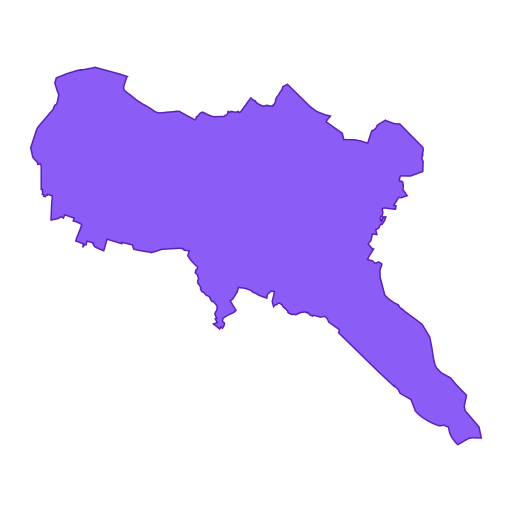 Tepetlaoxtoc, México, Mexico (Albers equal-area conic projection)
{"feature_id": "50627088B33487225996828", "entity_name": "Tepetlaoxtoc", "entity_type": "district", "adm_level": 2, "iso_a3": "MEX", "parent_name": "Mexico", "parent_adm1": "México", "projection": "albers", "projection_center": [-98.771, 19.549], "detail": "fine", "context": "isolated", "style": "filled", "palette": "violet", "viewbox_px": 512, "rotation_deg": 0, "n_neighbors": 0, "source": "geoboundaries", "source_scale": "gbopen_adm2", "svg_char_len": 5961}
<svg xmlns="http://www.w3.org/2000/svg" viewBox="0 0 512 512"><path d="M30.7,147.8L32.6,156.6L33.4,158.1L37.5,162.5L37.7,164.3L40.8,164.2L41.2,166.4L41.2,189.3L42.5,189.6L42.3,191.0L42.8,191.1L42.4,194.3L43.4,194.5L43.6,196.2L45.4,196.7L46.3,195.0L47.3,195.2L47.4,194.4L51.8,195.6L52.1,195.9L52.2,198.3L51.6,204.9L51.0,220.0L52.4,219.8L58.3,218.5L59.5,217.8L60.6,216.7L63.4,218.0L64.7,214.8L74.2,218.1L73.2,220.9L75.4,221.5L77.8,222.4L79.9,223.5L81.7,224.6L79.6,230.9L79.3,231.1L78.4,233.8L77.2,236.6L75.7,240.9L83.4,243.9L82.7,247.3L84.7,244.5L86.1,244.8L87.0,241.1L93.4,243.0L93.1,243.5L93.1,244.0L94.7,246.7L99.1,248.9L103.7,250.8L104.5,248.3L107.1,239.2L120.5,243.3L122.0,243.7L122.0,242.4L132.5,244.9L133.1,247.3L133.7,249.1L137.8,250.2L146.7,251.7L150.7,252.2L150.8,252.6L154.9,251.7L161.5,249.4L162.7,249.2L180.8,248.2L180.9,248.5L183.4,248.8L183.3,249.3L183.7,249.8L184.5,250.3L185.3,250.3L189.2,251.1L187.8,255.8L190.8,260.2L194.9,264.6L197.7,266.9L197.6,267.9L197.3,268.3L197.3,268.8L197.2,269.4L196.8,269.7L196.0,269.9L195.7,270.2L195.7,271.7L195.5,272.0L195.3,272.1L195.2,272.6L196.4,273.7L196.8,274.3L197.7,275.4L197.9,276.6L198.6,278.9L197.7,280.5L197.9,281.8L197.7,282.4L197.8,282.8L198.1,283.7L199.2,284.8L199.6,285.4L200.3,286.8L200.6,287.5L200.5,289.0L200.7,289.5L201.4,290.4L201.6,291.4L201.9,291.7L203.1,292.0L203.7,292.5L204.9,293.7L205.8,294.9L206.4,295.4L207.6,295.7L209.1,296.5L210.3,298.6L210.9,300.0L211.4,300.9L211.9,301.4L213.1,301.7L214.0,302.3L215.0,303.4L216.5,305.2L217.3,306.8L216.7,310.4L215.6,311.8L214.8,313.7L216.2,317.5L216.9,318.1L215.2,318.9L217.3,322.5L213.4,324.0L217.8,327.4L219.7,329.0L220.9,326.9L222.4,328.3L224.0,325.7L224.6,323.3L223.7,322.4L222.7,321.6L222.6,320.8L222.6,320.1L222.8,319.3L223.1,318.3L227.4,315.4L233.0,312.8L234.3,312.0L236.0,310.5L230.3,300.9L232.8,298.9L237.2,291.9L238.5,287.4L239.8,287.7L242.7,287.9L246.2,288.7L250.6,290.3L251.4,290.8L253.0,292.1L252.9,292.2L256.2,293.6L257.2,294.3L259.2,295.4L263.8,297.1L263.8,296.9L266.8,298.2L267.4,294.3L271.3,291.1L274.5,291.8L272.2,301.6L273.6,306.7L274.7,305.2L276.8,304.6L277.2,304.0L278.7,303.1L279.0,303.1L280.0,303.4L280.5,303.9L281.4,304.3L282.1,304.7L282.4,305.5L283.1,306.8L285.8,309.1L286.1,309.1L286.7,310.0L288.3,312.1L288.0,312.5L288.4,312.9L291.2,314.3L292.3,314.3L292.7,314.5L294.0,314.3L294.2,314.1L295.7,314.8L298.0,313.8L298.3,313.2L299.5,313.2L299.8,312.6L305.3,311.9L306.2,312.7L306.4,312.5L307.3,312.2L308.1,313.3L308.5,313.0L309.9,315.0L312.0,315.7L312.4,316.2L313.9,315.3L320.4,317.1L324.6,316.4L326.6,317.7L329.0,322.3L339.4,329.7L338.6,332.8L379.7,372.9L395.0,387.1L393.6,385.0L398.2,389.5L400.1,393.3L411.0,399.6L415.4,411.0L418.1,413.9L420.3,415.8L423.0,417.8L428.5,421.2L432.6,423.3L438.7,425.7L439.8,425.8L441.2,425.7L443.5,425.1L448.4,427.1L449.7,433.0L451.0,435.9L452.0,437.6L455.0,441.8L457.8,444.7L468.2,438.6L472.1,437.8L481.3,438.0L479.0,426.9L465.2,410.8L464.2,406.3L466.5,395.3L456.0,384.5L450.7,378.0L441.2,372.8L436.6,367.9L435.0,364.8L433.4,358.0L432.0,348.6L429.8,337.2L422.1,324.3L414.8,318.8L405.1,311.7L401.9,308.8L401.7,309.1L399.8,307.3L398.2,304.8L394.3,302.9L393.2,302.2L388.6,298.8L384.8,295.2L380.3,277.9L380.0,275.7L380.0,269.9L381.8,264.7L381.5,263.5L378.5,261.9L375.3,263.4L372.2,260.7L367.5,259.6L368.9,256.5L373.6,249.0L372.1,248.5L368.1,243.9L371.0,240.3L372.4,234.0L376.9,234.5L375.6,229.6L378.5,228.4L380.5,224.3L382.0,224.5L384.6,220.6L385.8,216.9L383.3,216.9L382.3,219.5L381.5,221.3L380.7,221.0L381.2,219.3L380.3,218.9L380.8,216.4L381.9,216.7L382.1,216.4L382.0,216.2L382.9,212.8L382.4,209.6L382.2,208.6L383.0,208.2L384.3,208.0L395.5,209.3L396.0,205.9L393.8,205.3L396.7,200.7L398.7,197.4L401.2,197.7L407.2,195.7L404.1,191.2L403.0,190.0L403.3,186.0L402.8,182.2L401.8,181.3L399.2,180.8L399.9,177.4L400.4,175.9L410.6,176.0L422.8,171.5L423.1,161.3L422.4,160.2L421.7,157.6L422.7,155.7L422.3,154.7L422.3,154.4L422.5,154.3L422.8,154.2L422.6,153.5L423.2,150.2L423.1,148.8L422.8,147.4L399.7,123.9L394.7,123.8L385.7,120.5L385.5,120.2L380.9,122.9L377.1,125.3L376.9,126.3L376.6,127.0L376.1,127.8L375.4,128.7L372.7,130.7L371.9,130.5L367.7,143.1L359.9,140.8L354.8,139.8L343.8,139.6L342.3,133.3L326.1,121.8L327.2,119.9L330.5,116.1L328.3,115.6L327.7,115.3L326.5,115.2L324.7,114.6L318.2,112.1L315.9,110.9L311.1,107.4L309.8,106.3L287.4,84.3L282.9,86.7L282.2,89.1L281.6,89.6L281.7,90.4L280.6,91.5L279.7,92.8L279.1,94.2L278.1,95.5L277.0,96.8L276.6,97.4L276.1,98.3L276.1,98.9L275.5,99.8L275.6,101.4L273.6,105.4L273.2,105.7L273.2,105.0L272.6,105.6L271.0,106.1L270.4,106.1L269.9,105.8L268.8,106.0L268.2,105.5L267.9,105.6L266.8,105.2L264.0,106.3L263.7,106.0L263.3,106.2L262.4,105.9L261.1,105.4L260.8,105.1L258.8,104.3L257.9,103.5L256.9,103.2L256.6,102.7L255.5,101.7L255.7,101.3L255.1,100.8L254.5,100.6L253.7,100.0L252.6,99.6L250.8,97.9L246.2,104.2L246.1,104.9L246.0,105.1L245.6,105.4L245.3,105.4L240.6,112.0L240.2,111.9L238.7,112.6L238.2,111.5L237.7,112.1L237.0,111.8L235.5,112.3L231.1,111.3L230.8,111.5L230.7,112.0L230.0,112.3L229.6,112.3L228.8,111.5L228.4,111.5L227.9,111.7L228.0,112.8L227.4,113.9L226.6,114.9L225.5,115.3L224.6,115.9L224.1,116.6L223.6,116.6L222.7,116.3L221.5,116.6L217.6,116.5L216.5,116.7L213.3,116.7L209.7,115.5L202.8,112.2L202.1,112.2L201.2,112.6L199.5,113.8L199.1,114.7L198.1,115.5L197.5,116.5L196.4,116.8L196.3,117.1L196.4,117.7L196.4,118.1L195.0,119.9L187.8,116.1L179.6,111.5L178.0,111.2L176.4,111.3L172.7,111.8L165.8,112.3L163.7,112.6L159.9,112.9L158.1,112.8L154.9,111.6L151.1,108.9L145.0,105.2L143.1,104.3L135.9,99.6L133.0,97.1L129.7,94.5L127.9,93.3L125.1,91.0L124.1,90.1L123.8,89.0L123.7,87.7L123.8,86.2L126.1,79.0L126.7,77.4L127.4,76.6L120.6,74.3L95.0,67.3L95.0,67.5L80.6,70.2L80.8,69.8L76.2,70.7L76.1,71.0L74.4,71.3L71.3,72.5L71.2,72.3L65.3,74.2L65.2,74.4L57.7,77.3L56.3,77.9L54.8,83.0L57.3,91.1L57.9,92.3L58.8,94.9L57.5,101.1L56.6,104.1L54.7,105.4L53.5,108.0L53.3,109.4L49.1,113.8L48.3,115.0L38.0,127.0L36.4,130.2L30.7,147.8Z" fill="#8b5cf6" stroke="#5b21b6" stroke-width="1.5"/></svg>